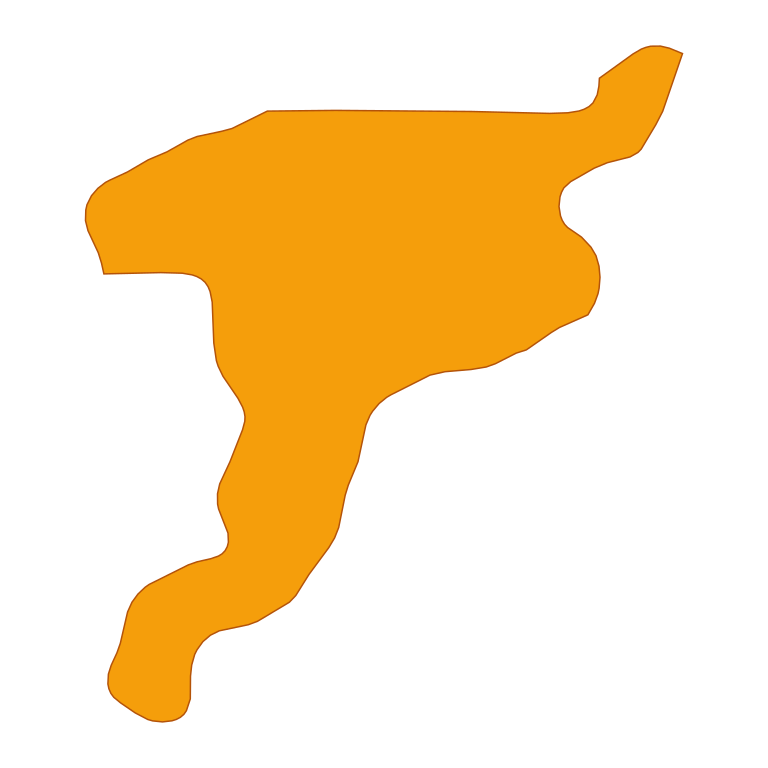 outline of El Peñón, Barahona, Dominican Republic
{"feature_id": "3306468B33115506281893", "entity_name": "El Peñón", "entity_type": "district", "adm_level": 2, "iso_a3": "DOM", "parent_name": "Dominican Republic", "parent_adm1": "Barahona", "projection": "robinson", "projection_center": [-71.192, 18.291], "detail": "fine", "context": "isolated", "style": "filled", "palette": "amber", "viewbox_px": 768, "rotation_deg": 0, "n_neighbors": 0, "source": "geoboundaries", "source_scale": "gbopen_adm2", "svg_char_len": 1951}
<svg xmlns="http://www.w3.org/2000/svg" viewBox="0 0 768 768"><path d="M267.3,111.1L232.0,128.5L222.0,131.2L197.1,136.5L187.9,140.1L166.9,151.9L148.3,159.8L127.4,172.0L109.9,180.1L105.5,182.4L97.9,188.3L91.5,195.7L87.0,204.7L85.8,210.0L85.5,220.7L88.0,230.7L98.3,252.8L101.5,263.1L103.9,273.9L160.9,272.6L182.3,273.2L192.2,274.9L196.8,276.5L201.2,278.9L205.1,282.3L208.1,286.7L210.1,291.6L212.2,302.1L213.8,343.0L216.4,360.7L218.2,366.3L223.0,376.3L237.9,398.2L242.6,407.1L244.2,411.8L245.0,416.7L244.8,421.3L242.5,429.9L230.0,461.7L219.7,483.9L217.5,493.8L217.6,504.1L218.6,509.0L228.0,533.1L228.4,542.2L227.3,546.6L225.1,550.7L222.0,553.9L218.4,556.1L210.4,558.8L197.1,561.8L188.3,564.9L149.2,584.4L145.2,587.2L138.0,594.0L132.0,602.2L127.6,611.9L120.3,643.4L117.0,652.7L111.2,665.3L108.4,674.1L107.9,684.0L108.9,688.8L110.9,693.4L113.8,697.3L120.6,702.9L135.2,712.9L147.8,719.5L152.7,720.9L162.5,721.9L172.0,720.8L176.4,719.4L180.4,717.3L183.9,714.3L186.4,710.7L190.3,698.9L190.5,676.1L191.7,665.0L194.7,654.4L197.0,649.8L202.9,641.6L210.4,635.2L219.3,630.8L248.4,624.7L257.5,621.3L289.4,602.2L295.8,595.5L309.0,574.4L328.8,547.6L334.6,537.9L338.7,527.5L345.2,495.2L348.3,485.1L358.0,461.7L365.9,424.9L370.0,415.3L372.7,411.1L379.1,403.5L386.7,397.3L391.1,394.7L430.0,375.1L445.0,371.7L471.0,369.5L486.2,367.0L495.4,363.7L516.2,353.1L526.3,349.9L551.3,332.5L559.4,327.5L587.9,314.8L594.5,303.3L598.0,293.7L599.1,288.3L600.0,277.3L599.0,266.2L596.0,255.7L591.0,247.2L581.5,237.1L567.6,227.5L564.6,224.3L562.2,220.3L560.5,215.9L559.0,206.5L560.0,196.8L561.6,192.1L563.9,187.8L570.7,181.6L594.1,168.2L607.3,162.7L630.1,156.9L638.0,152.4L641.2,149.1L655.8,124.7L662.7,111.3L682.5,53.6L669.4,48.2L660.5,46.1L650.7,46.2L645.8,47.4L641.3,49.1L633.1,53.9L599.4,78.2L598.9,86.2L597.2,94.9L593.0,102.9L589.0,106.6L584.2,109.2L579.0,111.0L567.8,112.8L549.5,113.4L471.5,111.5L335.6,110.4L267.3,111.1Z" fill="#f59e0b" stroke="#b45309" stroke-width="1.5"/></svg>